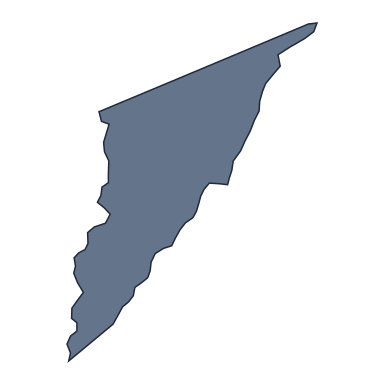 the district of Serra Grande, Paraíba, Brazil
{"feature_id": "56859067B11352872450109", "entity_name": "Serra Grande", "entity_type": "district", "adm_level": 2, "iso_a3": "BRA", "parent_name": "Brazil", "parent_adm1": "Paraíba", "projection": "orthographic", "projection_center": [-38.383, -7.238], "detail": "fine", "context": "isolated", "style": "filled", "palette": "slate", "viewbox_px": 384, "rotation_deg": 0, "n_neighbors": 0, "source": "geoboundaries", "source_scale": "gbopen_adm2", "svg_char_len": 1058}
<svg xmlns="http://www.w3.org/2000/svg" viewBox="0 0 384 384"><path d="M68.7,361.0L113.1,324.1L117.7,315.8L122.6,306.8L128.7,301.8L133.3,295.7L134.9,287.4L141.6,282.7L147.7,277.7L150.2,270.7L151.1,262.1L155.2,253.6L163.5,248.4L171.7,245.8L175.3,238.2L180.1,229.7L185.4,222.9L192.9,217.7L196.4,211.3L198.6,204.1L200.7,196.2L203.9,189.6L209.3,183.1L220.1,183.8L227.6,184.7L229.3,178.1L231.8,170.5L233.2,161.1L240.7,150.7L245.0,141.0L250.2,131.1L254.4,120.3L259.1,111.0L259.7,101.2L262.6,91.1L265.6,83.6L274.5,72.8L280.2,66.2L278.0,54.7L290.9,46.5L296.9,43.1L305.3,38.1L313.8,31.6L317.0,23.0L308.4,24.0L185.4,75.6L99.0,111.7L101.5,121.4L109.1,124.2L106.1,134.1L103.6,142.4L104.5,151.8L108.8,160.8L108.4,173.0L108.4,182.7L102.0,187.1L100.9,195.5L97.4,202.3L104.1,207.7L110.2,214.2L105.5,223.2L94.4,226.9L87.6,232.6L88.0,243.4L85.1,249.5L78.7,252.9L74.1,257.8L75.5,266.2L73.7,273.2L77.6,282.8L83.4,292.4L76.9,301.1L71.9,308.2L71.6,318.4L76.9,322.7L76.9,331.0L70.5,336.1L67.0,344.1L70.5,353.1L68.7,361.0Z" fill="#64748b" stroke="#1e293b" stroke-width="1.5"/></svg>